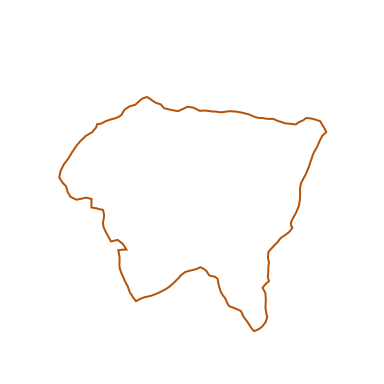 the district of Kitutu Chache North, Nyanza, Kenya, rotated 28°
{"feature_id": "3690345B89017750364899", "entity_name": "Kitutu Chache North", "entity_type": "district", "adm_level": 2, "iso_a3": "KEN", "parent_name": "Kenya", "parent_adm1": "Nyanza", "projection": "robinson", "projection_center": [34.826, -0.564], "detail": "fine", "context": "isolated", "style": "outline", "palette": "amber", "viewbox_px": 384, "rotation_deg": 28, "n_neighbors": 0, "source": "geoboundaries", "source_scale": "gbopen_adm2", "svg_char_len": 2827}
<svg xmlns="http://www.w3.org/2000/svg" viewBox="0 0 384 384"><g transform="rotate(28 192 192)"><path d="M146.5,121.0L141.7,127.2L139.9,127.8L135.7,129.1L134.4,129.5L132.1,130.1L128.0,131.1L123.2,129.3L118.3,130.2L114.1,129.9L111.9,129.5L107.6,129.2L104.6,132.4L103.2,135.2L102.5,137.4L100.9,141.7L96.9,145.4L94.4,149.7L93.8,151.1L93.6,153.1L93.5,157.2L92.6,159.0L90.3,162.3L86.5,165.8L84.2,168.2L82.1,170.6L79.4,174.6L76.5,176.5L77.0,180.1L75.8,186.0L72.0,192.1L69.5,199.6L68.3,205.2L67.5,212.7L67.1,220.4L65.9,227.6L66.1,235.3L68.0,241.6L73.4,244.5L78.3,246.2L82.1,250.3L86.9,253.3L93.5,253.1L97.8,249.6L101.1,246.7L106.5,245.3L110.5,252.9L114.8,251.4L118.4,250.6L121.7,249.6L124.2,252.3L125.3,253.9L126.5,256.6L127.8,261.2L130.6,264.7L135.1,268.1L140.0,271.3L143.6,273.7L148.9,269.2L153.4,269.9L155.3,270.4L156.8,271.1L161.1,273.6L157.2,275.9L154.3,277.9L159.0,284.1L162.0,290.2L163.3,292.3L165.3,294.6L167.7,296.7L170.2,298.7L171.5,299.5L174.8,302.4L179.3,305.3L184.1,309.7L187.2,311.3L189.3,312.7L193.8,314.7L194.7,313.3L196.8,310.3L198.3,308.4L199.8,306.9L203.9,303.5L206.7,300.5L209.2,297.5L212.2,293.4L213.9,290.9L216.4,286.5L218.4,281.2L219.1,279.0L219.7,276.9L220.9,273.3L221.0,271.6L223.5,265.9L227.1,262.4L230.0,259.9L231.3,258.8L232.4,257.5L234.8,254.5L238.0,254.3L241.7,254.9L244.6,256.6L246.7,257.5L249.9,256.8L252.0,256.0L255.4,256.7L256.7,258.4L257.8,259.8L260.6,263.0L262.3,264.7L264.5,266.8L266.4,268.0L268.2,268.9L271.4,270.4L272.7,271.4L274.0,272.6L278.2,275.3L279.6,275.2L282.7,274.8L285.0,274.5L290.9,274.1L292.9,275.4L295.3,277.4L297.4,278.6L301.8,280.6L306.4,283.2L309.1,284.6L311.7,285.7L312.9,284.9L315.4,281.6L317.1,278.1L318.1,272.0L317.1,267.1L314.2,263.8L311.7,260.4L310.9,259.1L307.9,252.7L304.2,246.7L299.3,243.5L300.0,239.6L300.7,237.3L301.8,234.5L299.1,231.9L296.6,226.2L294.5,222.1L293.0,218.0L289.8,214.2L287.6,208.9L289.3,202.1L291.1,196.0L291.8,191.6L292.3,190.2L294.0,187.2L295.2,184.8L296.5,181.8L297.2,178.4L297.3,176.2L295.5,175.5L293.7,172.5L293.5,170.3L293.5,165.2L293.6,162.3L293.5,160.1L292.8,153.8L290.5,147.2L288.1,142.3L285.7,138.1L284.1,133.0L284.1,127.7L284.1,122.0L283.5,116.4L283.3,114.4L282.4,109.7L282.1,107.3L281.5,104.0L281.0,99.7L281.3,93.1L280.7,86.8L280.7,81.2L282.4,76.1L281.0,74.9L277.9,73.0L272.0,69.3L266.6,70.2L263.5,70.9L261.4,71.7L258.0,73.1L256.6,76.3L253.6,80.2L251.9,83.6L249.2,84.7L245.3,86.2L243.1,87.2L241.6,87.7L237.5,88.3L235.8,88.7L233.9,89.0L229.4,89.3L225.6,91.3L223.6,92.3L219.5,93.6L216.2,95.2L213.2,96.1L209.8,96.4L206.5,96.7L205.1,96.9L201.3,97.9L199.9,98.2L197.5,98.9L193.8,100.1L191.7,101.0L187.9,102.7L185.7,104.0L182.7,106.3L180.9,107.6L177.8,109.0L176.5,109.4L175.2,109.8L172.6,111.2L170.2,112.1L165.5,113.8L163.5,115.0L160.7,116.7L156.4,116.8L153.8,116.8L147.5,119.1L146.5,121.0Z" fill="none" stroke="#b45309" stroke-width="2"/></g></svg>